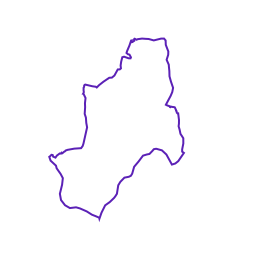 Bafoulabe, Kayes, Mali, rotated 203°
{"feature_id": "8926073B35923162225659", "entity_name": "Bafoulabe", "entity_type": "district", "adm_level": 2, "iso_a3": "MLI", "parent_name": "Mali", "parent_adm1": "Kayes", "projection": "equal_earth", "projection_center": [-10.509, 13.682], "detail": "fine", "context": "isolated", "style": "outline", "palette": "violet", "viewbox_px": 256, "rotation_deg": 203, "n_neighbors": 0, "source": "geoboundaries", "source_scale": "gbopen_adm2", "svg_char_len": 2301}
<svg xmlns="http://www.w3.org/2000/svg" viewBox="0 0 256 256"><g transform="rotate(203 128 128)"><path d="M161.5,35.5L155.8,32.3L150.2,31.6L144.8,34.7L140.8,35.2L133.4,35.1L127.3,34.1L123.7,34.2L119.9,34.2L119.4,34.1L118.9,33.4L119.3,39.7L118.8,47.9L115.8,52.8L113.5,58.2L113.0,60.1L112.5,63.1L114.6,71.5L114.0,75.5L112.8,78.6L111.9,80.9L108.2,83.4L106.7,85.1L106.3,87.6L107.2,94.7L105.2,101.2L103.4,108.4L100.3,111.0L98.1,112.5L96.5,116.7L96.0,118.5L94.6,119.5L94.1,119.8L93.9,119.9L93.3,120.0L89.4,120.5L88.1,120.7L82.3,118.6L73.3,111.5L70.6,113.8L68.8,117.1L66.8,126.9L68.9,127.4L69.8,129.5L71.0,135.3L73.1,140.2L77.4,143.1L79.9,146.7L82.1,149.4L82.8,151.9L84.2,155.3L87.5,161.0L87.9,160.7L89.1,161.2L89.5,161.9L90.0,162.6L90.5,162.7L90.5,162.8L90.9,163.4L91.3,163.7L91.6,164.0L92.2,164.6L93.1,165.3L94.2,165.1L95.1,164.8L96.2,164.6L96.7,164.5L97.1,163.7L97.3,163.7L97.3,164.2L97.5,164.3L101.0,164.1L102.2,164.2L102.1,165.4L101.3,174.2L101.3,178.4L102.2,182.6L106.6,187.5L110.0,191.8L112.2,196.6L114.4,200.6L115.2,202.2L119.1,205.9L119.6,211.1L120.8,214.2L125.7,219.3L127.6,223.3L129.8,224.4L132.5,223.2L138.5,218.7L143.8,218.0L146.2,217.1L150.0,215.8L153.7,213.6L154.6,212.6L155.7,212.7L156.8,212.8L157.0,212.6L157.0,212.3L157.0,211.8L156.3,210.8L156.5,210.4L157.3,209.6L157.4,208.9L157.7,208.8L158.1,209.0L158.3,208.5L159.0,208.7L159.0,209.9L159.3,209.7L158.9,204.5L158.9,198.3L158.7,196.5L156.9,195.9L155.3,196.1L152.9,194.2L152.9,193.1L154.7,192.4L159.5,192.1L160.9,190.9L160.2,186.4L159.2,182.6L157.8,180.1L158.5,178.7L160.3,177.9L161.0,171.0L162.5,168.1L164.9,166.9L168.7,161.0L171.4,156.1L172.6,153.1L173.8,153.4L175.2,153.0L177.1,152.5L184.1,151.3L184.1,151.2L184.3,151.1L184.7,150.8L184.8,150.7L184.9,149.8L184.6,149.1L184.5,148.7L184.6,147.6L184.2,146.8L184.0,146.3L183.7,145.5L182.7,143.8L182.6,143.1L182.7,142.1L182.4,142.2L178.8,139.0L177.3,134.0L175.6,130.4L173.4,124.1L170.8,121.1L168.4,116.4L165.9,112.6L162.9,96.2L162.7,93.7L163.3,91.1L169.4,88.0L175.2,84.2L176.6,82.9L176.6,82.7L177.0,81.8L177.6,81.1L178.3,79.6L178.6,79.1L179.5,79.3L179.7,78.2L180.9,77.9L182.7,74.8L183.2,72.4L185.7,72.4L186.8,73.7L188.0,73.4L188.5,71.9L189.2,70.7L186.5,67.7L179.6,65.2L177.9,63.0L172.1,59.4L168.4,56.4L166.5,50.0L165.0,40.8L161.5,35.5Z" fill="none" stroke="#5b21b6" stroke-width="2"/></g></svg>